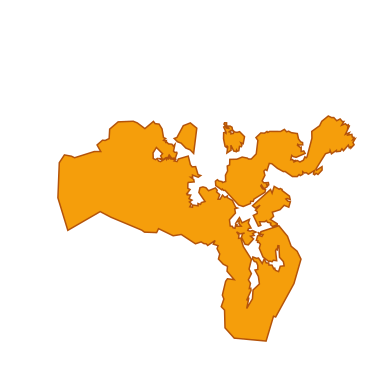 Namsos nor, Nord-Trøndelag, Norway (orthographic projection), rotated 111°
{"feature_id": "86288312B29222354807484", "entity_name": "Namsos nor", "entity_type": "district", "adm_level": 2, "iso_a3": "NOR", "parent_name": "Norway", "parent_adm1": "Nord-Trøndelag", "projection": "orthographic", "projection_center": [11.404, 64.444], "detail": "fine", "context": "isolated", "style": "filled", "palette": "amber", "viewbox_px": 384, "rotation_deg": 111, "n_neighbors": 0, "source": "geoboundaries", "source_scale": "gbopen_adm2", "svg_char_len": 6023}
<svg xmlns="http://www.w3.org/2000/svg" viewBox="0 0 384 384"><g transform="rotate(111 192 192)"><path d="M192.4,98.8L204.3,113.4L206.4,113.3L206.0,116.0L207.3,114.0L206.2,110.4L208.5,110.8L208.5,114.3L209.6,115.0L214.2,114.6L213.9,112.9L215.5,112.7L215.2,111.2L216.3,109.4L220.3,109.1L227.2,102.5L229.4,95.2L228.6,94.7L228.4,92.2L226.6,91.7L225.8,88.3L216.8,93.0L215.2,92.8L215.5,91.7L211.3,92.6L211.0,91.6L221.6,86.9L224.2,81.8L227.9,79.5L229.7,83.0L236.0,82.6L235.3,82.7L235.2,86.1L233.5,87.5L234.4,88.2L231.6,91.1L232.6,94.0L230.9,94.9L231.6,97.3L228.7,100.6L233.6,100.8L229.8,106.3L230.8,108.0L230.8,111.9L232.7,111.5L234.5,109.0L234.4,106.7L236.9,104.3L240.7,102.8L242.3,105.2L247.0,99.8L253.7,96.1L261.6,99.9L270.1,97.3L281.2,99.2L270.2,101.0L273.7,102.2L262.8,101.6L260.8,102.6L261.6,103.9L256.3,104.7L253.8,107.9L246.9,107.3L243.5,111.1L233.6,112.4L224.6,124.5L217.6,129.9L218.6,131.9L215.5,132.7L213.2,136.1L213.9,132.2L211.4,128.2L213.0,129.9L216.7,129.5L221.8,123.7L221.2,120.5L213.7,117.7L212.3,121.5L210.3,118.4L209.0,120.5L206.5,117.9L206.3,121.9L207.8,123.7L207.9,126.2L205.8,126.2L204.5,124.0L200.8,128.3L196.9,128.6L202.8,134.2L198.9,138.5L204.3,139.7L202.2,137.5L204.7,136.9L206.3,133.9L207.9,137.8L206.1,138.3L206.3,139.6L210.5,138.9L210.7,140.9L209.6,142.0L210.1,144.1L204.5,147.1L196.1,143.9L192.4,146.1L190.7,143.9L190.7,145.7L185.5,151.2L184.5,157.2L183.0,157.5L185.3,159.4L183.9,162.4L188.7,163.2L189.4,165.1L184.5,165.2L183.1,169.1L181.3,169.1L179.8,171.6L184.9,177.0L183.0,180.5L183.3,183.6L185.1,186.1L190.0,185.4L196.2,176.4L198.5,179.5L200.5,179.6L200.6,182.3L202.7,181.4L203.9,186.8L206.1,186.1L206.6,188.8L203.2,188.3L202.2,190.9L199.6,189.1L199.3,192.4L195.3,192.1L196.3,195.2L195.2,195.5L196.2,196.5L190.4,194.7L190.0,197.3L185.5,198.9L184.4,198.9L181.8,193.6L179.7,194.9L178.7,198.5L178.0,196.7L176.0,197.6L176.0,191.5L173.5,189.8L173.6,192.6L167.0,197.7L168.5,200.9L167.1,203.3L159.8,208.4L166.0,216.5L169.0,216.9L169.4,219.8L167.5,219.0L168.8,223.7L167.5,225.3L169.5,225.7L169.0,226.9L170.6,227.3L169.4,228.0L174.9,232.2L175.1,234.3L173.3,236.5L174.9,237.7L174.6,240.2L169.4,242.4L163.2,241.2L166.8,233.2L169.5,234.2L171.7,231.7L172.5,234.4L172.8,233.3L172.5,231.0L169.1,228.5L168.8,226.8L165.6,226.6L167.8,222.9L166.3,219.7L161.1,219.9L160.4,220.5L161.2,222.3L160.5,223.9L153.6,225.0L155.9,225.9L154.6,227.8L155.5,231.2L154.2,234.0L155.9,234.2L153.2,234.4L154.1,235.9L154.0,237.1L151.5,235.8L151.4,238.1L143.8,242.6L140.4,247.1L141.4,250.9L139.9,253.3L149.7,258.7L147.1,267.8L147.0,272.2L153.0,286.1L162.8,291.4L171.8,288.5L175.0,291.5L175.7,294.1L182.1,297.5L186.9,291.7L189.3,297.8L202.1,313.9L201.8,317.4L203.1,324.4L212.2,326.4L245.5,315.1L272.3,294.2L243.2,270.7L244.6,258.6L245.6,225.3L246.5,222.0L242.6,210.5L238.2,210.1L239.6,193.9L235.5,186.8L239.1,170.2L235.3,165.6L235.9,162.5L235.3,160.0L236.3,158.2L229.0,153.0L233.0,153.5L232.8,148.4L235.9,148.3L239.9,143.9L245.1,143.3L248.2,137.0L248.7,132.2L253.4,130.9L258.7,121.2L260.3,127.8L263.3,128.6L277.4,126.7L280.5,123.9L288.6,123.6L290.6,119.3L307.0,112.5L313.3,100.2L304.6,69.4L278.8,71.4L278.7,69.1L241.0,64.0L215.6,66.2L209.6,72.7L207.1,80.0L199.1,87.0L192.4,98.8ZM94.1,59.4L89.8,57.6L88.1,59.5L83.8,58.8L85.6,60.7L83.0,60.3L83.2,62.1L80.9,63.4L83.0,66.9L80.3,66.4L83.2,69.5L73.3,68.7L75.9,69.7L73.3,70.3L74.2,71.2L73.3,73.3L76.0,76.2L71.8,75.5L72.4,76.7L70.7,79.9L73.6,82.4L71.7,86.3L72.5,88.4L72.2,92.0L79.5,96.2L84.4,96.6L92.5,101.9L98.9,99.3L117.9,97.2L119.2,97.7L118.7,99.2L122.4,99.4L125.3,102.0L124.9,105.0L127.0,107.2L125.7,107.1L126.6,108.5L125.6,109.7L126.5,111.4L122.1,112.0L122.7,110.4L122.3,107.2L115.4,100.2L113.6,102.4L115.1,104.6L111.1,106.1L111.7,106.6L110.6,110.3L109.5,110.4L109.8,109.1L108.3,105.5L106.2,106.5L106.2,108.5L104.4,111.5L99.7,114.6L101.0,120.6L100.6,123.6L101.9,125.3L100.4,128.2L103.7,130.9L107.6,141.2L109.2,142.6L108.6,143.7L111.1,145.4L112.2,148.9L118.3,151.8L120.2,149.0L133.4,145.7L140.0,148.5L141.0,151.1L140.5,152.4L141.4,157.7L145.3,161.8L148.0,168.4L153.2,166.6L155.2,168.4L159.6,166.3L164.3,166.8L170.1,164.3L172.2,166.9L171.5,167.7L172.1,170.9L171.4,172.7L173.6,174.0L177.5,172.1L179.3,165.0L178.4,164.7L179.2,163.2L178.6,161.7L187.4,143.8L187.2,139.0L181.8,133.3L179.7,133.9L178.8,131.5L176.4,131.6L166.0,123.8L163.4,124.2L163.7,127.3L161.7,130.0L160.5,129.7L163.2,126.0L159.9,123.5L158.3,125.0L158.6,123.4L157.8,122.9L155.8,124.1L157.7,128.3L156.5,130.5L150.3,129.9L146.8,132.4L144.7,131.5L145.1,129.7L137.6,130.1L137.0,127.6L139.3,120.7L140.2,114.0L139.5,112.4L141.6,103.8L139.9,99.3L137.3,98.3L137.9,96.8L135.7,94.9L133.4,95.9L134.0,94.0L133.0,92.2L133.7,89.8L128.2,85.5L131.7,85.1L132.0,83.7L130.1,82.9L130.5,80.7L124.9,78.4L121.7,79.7L127.1,83.7L125.8,84.5L108.4,81.1L105.5,77.6L103.8,77.9L106.4,75.5L101.4,72.1L102.6,71.6L100.8,68.1L97.9,67.5L99.2,65.4L92.2,62.9L94.4,61.0L93.1,60.0L94.1,59.4ZM171.5,96.2L165.9,96.7L166.2,99.2L164.9,101.9L163.9,100.9L163.9,97.6L160.9,99.6L158.3,108.5L157.3,108.8L157.1,110.9L158.2,111.6L157.3,117.3L164.4,116.8L161.5,119.6L183.2,130.6L184.3,127.2L179.9,123.7L186.3,126.3L186.9,124.1L188.7,123.4L191.9,126.4L200.1,117.8L198.5,115.8L195.6,118.3L193.6,113.3L192.0,112.3L193.2,110.7L192.8,107.2L194.4,107.0L195.3,104.4L191.9,100.6L191.1,101.0L189.5,109.0L185.5,107.1L182.1,109.8L177.0,103.5L171.4,101.2L171.5,96.2ZM148.4,227.8L150.3,223.5L150.3,219.6L153.2,213.5L153.3,208.9L155.4,204.3L130.7,210.4L128.1,218.3L133.2,223.9L146.5,225.6L148.4,227.8ZM128.6,161.5L121.5,162.8L118.6,169.2L120.2,171.3L120.7,173.7L120.0,175.2L122.5,174.4L123.8,176.5L122.3,177.1L122.5,178.9L120.6,177.8L120.3,176.0L117.2,177.8L116.8,180.0L118.0,183.3L115.0,184.5L115.7,186.4L117.2,186.5L119.4,179.7L120.0,182.9L118.4,184.9L120.0,185.7L124.0,181.6L125.0,181.3L124.5,182.7L125.3,183.7L130.9,181.7L137.5,177.5L138.0,175.9L136.5,175.8L137.0,174.8L143.1,173.4L139.0,170.5L134.4,172.5L138.8,167.7L138.5,165.1L136.9,165.4L137.7,164.4L136.7,163.1L132.4,164.0L132.0,162.1L130.2,162.2L128.5,164.1L128.6,161.5Z" fill="#f59e0b" stroke="#b45309" stroke-width="1.5"/></g></svg>